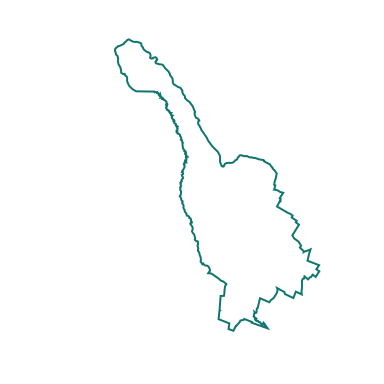 Paunesti, Vrancea, Romania (Robinson projection), rotated 39°
{"feature_id": "2599482B39426936483061", "entity_name": "Paunesti", "entity_type": "district", "adm_level": 2, "iso_a3": "ROU", "parent_name": "Romania", "parent_adm1": "Vrancea", "projection": "robinson", "projection_center": [27.063, 46.027], "detail": "fine", "context": "isolated", "style": "outline", "palette": "teal", "viewbox_px": 384, "rotation_deg": 39, "n_neighbors": 0, "source": "geoboundaries", "source_scale": "gbopen_adm2", "svg_char_len": 6092}
<svg xmlns="http://www.w3.org/2000/svg" viewBox="0 0 384 384"><g transform="rotate(39 192 192)"><path d="M340.8,173.5L337.3,173.8L336.8,168.9L325.0,172.7L321.9,166.3L320.2,162.0L318.9,164.5L317.2,167.0L316.6,168.6L315.9,167.7L310.8,167.3L310.6,165.1L306.0,163.5L300.6,163.8L297.3,162.6L295.7,150.1L291.7,150.2L291.5,148.5L285.5,149.1L285.2,147.1L283.2,147.0L281.1,147.4L280.1,147.8L267.2,149.8L266.1,144.5L266.5,144.3L266.5,143.4L265.9,143.4L265.3,141.6L264.2,141.8L264.0,141.3L263.4,135.2L260.6,136.5L258.3,136.7L256.2,137.3L255.8,137.7L254.7,137.9L254.3,138.4L252.6,134.4L251.2,134.6L249.5,131.5L248.5,128.6L246.1,124.2L242.8,123.3L239.9,123.0L239.1,122.4L236.9,122.2L235.5,121.5L228.7,122.8L228.4,122.2L227.5,122.2L223.4,124.5L219.8,125.7L218.4,126.8L216.6,127.4L216.1,128.0L214.8,128.9L211.7,129.6L210.9,130.7L209.8,131.4L206.7,132.7L206.1,133.4L206.1,135.5L205.9,136.5L206.4,137.6L206.4,138.8L205.7,139.9L205.6,142.1L205.1,143.6L203.8,145.1L202.4,146.0L200.8,147.5L199.9,149.4L200.3,151.3L200.0,152.0L200.5,152.3L200.4,152.5L198.9,153.2L195.0,151.1L191.9,147.2L190.1,145.8L186.5,144.5L179.4,143.8L173.9,142.4L172.6,142.1L169.3,140.5L162.2,138.4L160.6,138.1L158.7,136.9L157.1,136.4L156.0,135.7L154.7,135.6L153.3,134.6L152.3,132.6L152.8,132.0L152.5,131.7L150.4,131.3L148.1,131.8L145.2,130.0L144.3,129.0L144.1,127.8L142.3,127.1L138.8,125.0L133.5,123.6L130.4,123.8L127.5,123.4L126.3,122.1L125.1,121.7L123.8,121.7L121.5,120.4L120.9,119.4L118.0,118.4L116.9,118.5L114.6,119.3L113.5,119.3L110.0,119.8L108.4,119.1L105.5,116.1L101.3,114.9L100.1,113.9L99.0,113.7L98.2,113.2L93.2,112.7L89.5,111.6L87.9,112.1L86.4,113.3L85.2,113.6L83.8,114.4L82.7,114.5L82.1,114.4L81.8,114.0L81.8,112.6L81.4,112.4L81.6,110.9L80.2,110.2L78.9,110.2L77.3,112.1L77.5,112.8L76.5,113.9L75.0,114.1L74.3,112.5L73.7,111.8L72.2,110.7L70.0,110.9L69.8,111.2L68.3,111.6L66.1,111.7L63.9,111.3L63.1,110.6L60.7,110.1L59.0,108.5L56.5,109.1L56.1,109.5L54.8,109.9L53.0,111.5L51.7,112.2L49.2,112.8L47.5,112.9L46.6,113.5L46.1,114.6L46.0,116.4L45.6,118.2L45.5,118.9L45.8,119.8L43.7,124.2L42.6,125.5L42.8,126.5L42.2,128.1L42.3,129.2L43.4,130.8L45.2,131.9L46.2,132.9L48.4,133.2L50.5,134.6L51.7,136.5L54.2,138.8L58.3,140.4L58.7,141.0L60.1,141.8L61.9,143.9L64.4,143.7L65.1,142.7L65.6,142.6L66.9,143.5L68.0,143.3L69.4,143.7L71.7,146.6L73.9,147.9L76.4,149.0L78.8,149.4L82.2,149.4L85.2,148.9L99.5,137.7L100.1,138.0L100.5,137.3L101.5,137.0L102.0,136.4L102.6,137.2L103.3,136.8L103.3,136.4L105.2,136.6L105.1,137.4L105.4,137.5L106.0,137.1L105.8,136.1L106.8,136.9L106.9,137.8L108.0,137.6L108.2,138.5L108.6,138.0L109.7,138.1L109.9,137.4L110.2,137.6L110.4,138.4L111.3,137.7L112.0,138.2L112.4,137.9L113.7,137.8L115.2,137.9L116.4,139.2L117.0,138.9L117.6,139.2L117.6,140.0L117.1,139.9L117.0,140.5L117.5,141.0L118.1,140.6L118.8,141.7L118.7,142.6L118.8,142.9L120.4,143.4L120.7,143.9L121.4,143.5L123.5,143.3L124.0,143.7L123.8,144.1L124.6,144.1L125.2,144.5L126.1,143.7L126.2,144.6L127.7,145.2L128.4,144.9L128.1,145.7L129.4,146.0L129.4,146.7L130.4,147.4L132.0,147.5L132.1,147.8L132.7,148.1L132.6,147.4L133.0,147.3L133.8,148.0L133.4,148.7L134.2,148.9L134.8,149.6L136.5,149.3L136.6,149.6L137.2,149.8L137.4,150.3L138.0,150.2L138.4,150.7L139.3,150.1L139.8,150.1L139.9,150.5L139.4,151.0L140.8,152.2L141.1,152.1L141.4,153.2L142.1,153.6L141.6,154.1L142.0,154.3L142.1,155.1L142.8,155.3L143.5,155.1L143.9,155.6L145.8,155.0L147.0,155.2L147.4,155.9L149.6,156.7L150.4,158.4L151.7,158.1L153.0,159.4L154.0,159.5L154.0,160.2L154.8,161.2L155.8,162.0L156.6,163.0L157.5,163.4L157.9,164.0L159.4,164.2L159.9,164.5L160.4,165.2L160.9,165.1L161.1,164.5L161.7,164.6L162.8,165.4L162.4,166.4L162.7,166.8L164.0,166.8L164.9,168.1L165.9,167.3L166.4,167.4L165.6,168.5L165.7,169.2L166.7,169.5L167.5,170.6L167.4,171.0L167.8,171.5L166.8,171.7L167.0,172.5L168.4,172.3L169.0,172.6L168.5,173.1L167.6,173.2L167.9,174.0L167.8,174.9L168.7,175.2L168.7,175.9L169.9,176.4L170.5,177.2L171.3,180.8L171.1,181.3L172.0,181.9L172.0,182.2L171.6,182.5L171.7,182.9L172.1,182.7L173.4,183.2L173.7,183.6L173.7,184.2L173.3,185.2L174.4,185.9L175.4,186.1L176.4,187.0L176.2,189.0L176.5,189.6L177.3,189.9L177.2,191.1L177.0,191.4L177.2,192.2L178.0,192.4L178.1,193.2L179.6,193.9L180.0,195.1L179.8,195.8L180.8,196.5L181.0,197.1L181.8,197.9L183.1,198.5L184.3,200.0L185.3,202.1L185.1,202.9L185.2,203.1L185.7,203.0L187.6,203.8L188.7,204.9L189.4,205.2L190.6,205.1L191.1,205.8L191.2,206.8L193.8,207.7L194.3,208.1L195.1,209.5L196.6,210.4L197.7,210.6L198.7,211.8L201.0,212.2L201.3,212.6L202.9,213.6L204.2,212.9L205.4,213.0L206.3,214.0L207.5,213.4L208.7,214.1L209.3,215.1L210.7,215.3L211.2,215.9L211.0,216.2L210.2,216.3L210.7,217.8L213.4,218.5L215.2,219.5L216.2,221.1L216.7,222.5L218.5,223.4L220.0,223.5L221.8,224.6L223.6,226.0L224.1,227.3L226.3,227.5L227.2,226.8L228.2,227.1L229.6,228.7L230.0,230.3L231.1,230.9L232.7,232.3L232.8,232.9L233.6,233.9L235.6,234.4L237.7,236.2L239.5,237.1L241.5,238.9L242.6,240.8L243.8,241.0L245.5,241.6L245.7,240.5L247.8,241.0L248.6,240.8L249.9,239.8L250.7,239.6L252.4,239.8L254.4,240.8L255.5,241.9L255.7,244.9L258.3,243.2L259.8,243.0L267.3,242.5L270.0,242.7L272.6,241.9L276.7,241.9L276.9,244.2L278.7,247.3L281.1,250.6L282.2,252.6L279.7,254.8L287.4,266.0L287.8,266.3L288.4,266.3L288.2,267.3L292.7,274.1L303.7,270.6L306.6,275.5L311.5,273.8L310.4,268.6L310.7,268.5L310.9,263.0L310.5,261.4L312.6,258.9L312.4,257.8L320.4,255.3L320.7,256.0L336.5,250.4L333.5,249.5L332.7,249.6L332.2,249.0L331.6,248.9L332.1,249.3L331.8,249.7L331.0,250.0L330.3,249.7L330.5,250.2L330.3,250.4L329.3,250.8L328.2,250.9L327.1,250.3L325.6,251.1L324.3,250.6L323.7,251.4L322.5,251.7L322.0,251.6L322.1,251.0L321.7,249.8L320.2,249.9L320.1,250.5L319.4,250.0L318.2,249.9L317.7,248.5L316.9,247.5L316.6,246.3L316.2,246.0L317.4,246.1L318.0,245.2L315.7,241.7L316.1,240.9L311.7,231.8L321.5,229.0L321.3,226.7L322.2,222.8L321.4,216.9L320.1,214.1L318.5,213.1L326.8,211.6L328.5,212.8L337.5,210.6L335.4,204.1L341.8,202.5L340.3,201.2L336.3,195.2L335.1,194.0L334.3,192.8L333.3,192.0L332.8,189.8L333.5,188.8L332.5,186.8L337.2,186.9L337.4,184.0L338.0,183.2L337.8,180.3L341.6,180.1L340.8,173.5Z" fill="none" stroke="#0f766e" stroke-width="2"/></g></svg>